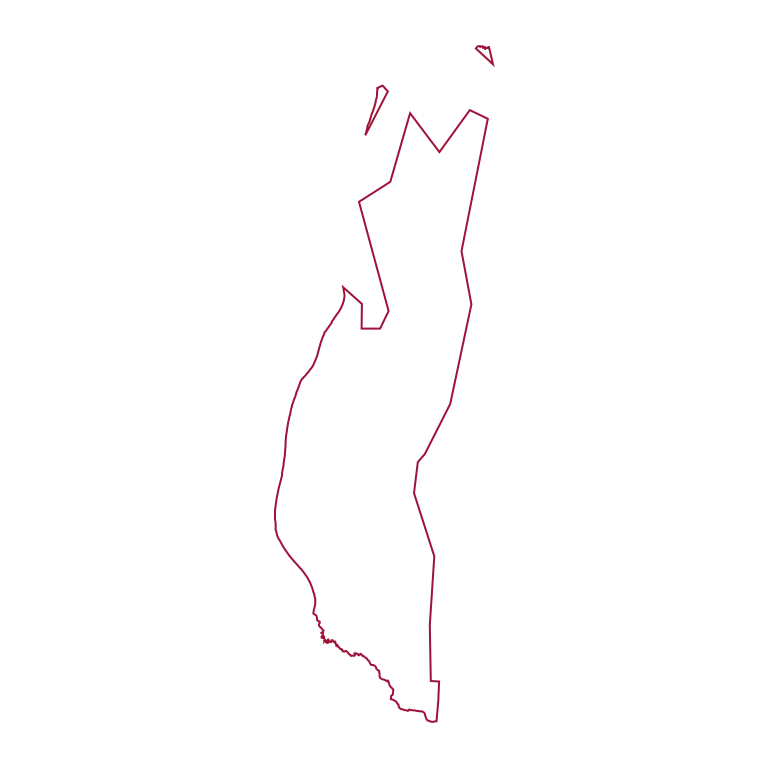 Aurukun, Queensland, Australia
{"feature_id": "25037944B73642390976852", "entity_name": "Aurukun", "entity_type": "district", "adm_level": 2, "iso_a3": "AUS", "parent_name": "Australia", "parent_adm1": "Queensland", "projection": "natural_earth1", "projection_center": [141.751, -13.513], "detail": "fine", "context": "isolated", "style": "outline", "palette": "rose", "viewbox_px": 768, "rotation_deg": 0, "n_neighbors": 0, "source": "geoboundaries", "source_scale": "gbopen_adm2", "svg_char_len": 6015}
<svg xmlns="http://www.w3.org/2000/svg" viewBox="0 0 768 768"><path d="M390.3,181.8L359.0,201.8L388.6,311.0L380.1,328.6L361.6,328.6L361.9,303.9L343.2,287.3L343.7,289.6L343.7,290.7L343.9,291.2L344.5,295.1L344.5,295.9L344.3,297.8L343.7,301.0L342.6,304.4L340.3,309.4L338.0,313.0L337.2,313.8L334.5,317.8L333.0,320.1L332.2,321.0L331.8,321.6L331.8,322.1L331.9,322.3L325.8,331.1L324.7,332.1L324.0,334.0L323.6,335.6L323.1,336.1L322.5,337.6L320.9,342.4L320.5,343.4L319.7,346.5L319.2,347.9L319.0,349.1L317.9,353.0L317.7,354.2L317.4,354.9L316.8,356.7L316.5,357.4L316.3,358.1L315.7,359.4L315.1,361.0L314.3,362.5L313.4,364.9L312.3,366.7L311.1,368.5L310.1,369.5L309.0,371.1L308.7,371.7L308.1,372.2L305.4,375.5L304.0,376.9L303.8,377.0L303.1,378.0L302.3,378.6L301.8,379.3L300.4,381.8L298.8,386.5L297.2,390.7L296.6,391.8L295.3,396.6L294.5,398.2L293.5,401.1L293.0,402.8L292.1,405.0L291.9,406.7L291.5,407.5L290.6,411.5L290.1,415.0L289.7,415.6L289.4,416.6L288.9,419.6L288.5,420.7L287.2,428.3L286.5,433.6L286.1,435.3L286.0,436.4L286.0,437.3L285.7,440.3L285.4,447.9L285.1,450.5L285.1,452.2L284.9,453.5L284.9,454.8L284.5,457.6L284.2,459.1L283.5,464.2L283.5,465.6L283.0,468.2L282.2,471.9L282.1,472.9L282.0,475.6L280.4,481.9L278.9,487.4L276.6,498.5L276.1,502.5L275.9,503.3L275.6,506.1L275.2,508.6L275.0,511.1L275.0,519.0L275.6,523.1L275.7,527.6L275.7,528.5L275.5,529.2L275.5,529.5L275.6,529.9L276.0,530.3L277.1,535.2L277.9,537.6L278.5,538.6L279.6,540.2L283.7,547.6L288.7,554.8L290.2,556.7L294.1,561.3L298.7,566.4L299.9,567.9L300.9,568.8L303.1,571.5L307.1,577.1L310.1,582.6L312.2,587.9L313.7,593.0L314.4,594.2L314.3,595.1L314.4,595.7L315.1,598.1L315.3,599.4L315.3,602.6L315.1,604.6L314.8,606.2L313.7,610.8L313.6,611.9L313.5,612.2L313.3,613.3L313.4,613.5L314.2,614.3L314.6,614.4L316.1,615.3L316.4,615.7L316.6,616.2L316.9,617.2L317.1,620.1L318.6,621.4L318.9,621.3L319.3,621.4L319.8,622.0L319.8,622.8L319.2,623.7L319.0,624.3L319.0,625.3L319.3,626.1L320.3,627.2L321.2,627.9L322.0,629.1L323.5,630.6L323.4,630.7L323.1,631.5L323.1,632.4L323.1,632.8L322.9,633.0L322.5,633.2L322.2,632.8L321.9,632.7L321.4,632.7L321.3,632.8L321.4,633.0L322.0,633.2L322.2,633.4L322.7,634.1L323.0,634.9L322.9,635.3L322.5,636.0L321.7,636.3L321.5,637.5L322.3,637.9L322.5,637.9L323.3,636.7L324.0,636.5L324.2,636.8L324.2,637.2L323.8,638.3L324.0,638.6L324.6,639.0L324.8,639.6L324.7,640.0L324.3,640.4L324.6,640.7L324.5,641.2L325.0,640.7L325.4,640.6L325.8,641.1L325.9,641.6L326.3,641.3L326.5,641.3L326.7,641.6L326.7,642.1L326.5,642.4L326.6,642.6L327.0,642.8L327.8,642.9L328.1,642.6L328.0,641.7L328.1,641.4L327.6,640.9L327.4,640.2L327.9,639.6L328.2,639.5L328.7,639.9L328.9,640.8L329.3,641.5L329.6,641.7L330.6,642.2L330.8,642.2L331.2,641.8L331.4,640.6L332.0,640.1L332.4,640.1L332.7,640.3L333.4,641.5L334.1,642.1L334.4,642.0L334.8,641.6L335.2,641.6L335.4,642.2L335.0,642.5L335.0,642.8L335.5,643.2L335.8,644.0L336.3,644.5L336.2,645.5L336.3,645.7L336.5,645.6L336.8,645.8L337.0,645.8L337.1,645.5L337.1,645.1L337.3,645.0L337.5,645.4L337.2,645.8L337.5,646.1L337.7,646.5L338.3,646.5L338.5,646.9L339.4,647.7L340.2,648.9L340.6,649.0L340.9,648.9L341.9,649.4L342.3,649.9L342.1,650.5L342.8,651.0L342.9,651.3L343.2,651.5L343.6,651.4L344.1,651.6L344.5,651.6L344.9,651.3L345.7,651.0L346.4,651.1L347.4,652.2L347.9,652.5L348.3,653.3L348.8,653.9L349.1,654.0L349.8,654.7L350.6,655.1L350.7,655.6L351.1,655.9L352.4,655.6L352.9,655.7L354.4,655.8L354.8,655.3L354.7,654.6L354.9,654.3L354.6,654.0L354.5,653.7L354.9,653.7L355.1,653.4L355.3,653.8L355.5,653.9L356.0,653.9L356.8,653.6L357.7,654.2L358.1,654.3L358.2,654.6L358.4,654.4L358.5,654.4L358.6,654.9L358.8,655.2L359.0,655.2L359.2,654.8L359.6,654.6L359.9,654.6L360.2,654.5L360.6,653.9L361.5,654.4L361.9,655.2L362.6,656.0L362.9,656.1L363.8,656.1L365.0,657.4L367.0,658.7L367.6,659.9L368.9,660.8L370.5,664.2L370.5,664.3L370.8,664.7L371.8,665.0L373.3,665.0L373.5,665.2L374.6,665.7L375.5,666.4L375.9,667.3L376.2,668.4L377.1,669.5L378.1,670.4L379.2,670.9L379.2,672.7L379.6,673.5L379.5,675.1L379.7,676.1L379.6,676.9L380.1,677.9L381.9,679.1L382.3,679.3L384.4,679.7L384.9,680.1L385.4,680.2L387.0,681.3L387.4,680.9L387.5,680.6L388.0,680.6L388.5,681.5L389.0,683.7L389.3,684.2L389.3,684.7L390.2,686.3L390.8,687.1L391.5,687.6L392.6,689.0L393.1,689.2L393.3,689.6L393.3,690.8L392.8,692.9L393.0,693.9L392.9,694.3L392.3,695.1L391.4,695.5L391.2,695.8L390.9,698.7L390.9,699.2L392.0,699.4L393.3,699.9L394.2,700.4L395.1,701.1L395.7,701.3L396.1,701.8L396.7,702.3L397.4,703.8L398.5,704.5L398.6,704.9L398.6,706.5L399.7,708.2L400.4,708.7L401.0,709.1L401.4,709.0L403.6,709.7L404.7,710.2L405.1,710.1L406.5,710.3L407.8,710.9L408.3,710.7L408.8,709.8L409.6,709.6L410.5,710.2L411.5,710.0L413.1,710.4L414.9,710.4L417.2,711.0L418.3,710.9L419.4,711.4L420.7,711.2L422.6,711.7L423.7,712.3L424.6,713.3L425.0,714.3L425.0,714.9L425.5,716.2L426.1,718.3L426.6,719.2L427.4,720.3L427.6,720.5L428.6,720.6L429.4,721.2L430.7,721.4L431.6,721.9L432.6,721.9L433.7,721.7L435.1,721.3L436.5,721.3L438.3,700.7L439.1,681.5L430.8,681.0L429.8,625.1L434.3,556.3L414.0,493.1L417.8,462.1L424.8,454.1L450.2,404.0L471.4,304.3L461.5,251.2L487.8,118.8L469.8,110.1L439.4,152.1L410.1,113.2L408.3,119.3L390.3,181.8ZM365.5,134.4L365.7,134.5L387.9,91.3L384.5,87.9L384.5,87.7L384.4,87.3L383.7,86.8L383.2,86.1L382.5,85.7L382.2,85.7L380.1,86.8L379.1,87.0L378.3,87.8L377.8,87.9L377.7,88.0L377.9,88.3L377.7,88.9L377.4,88.4L377.2,88.4L377.4,89.2L377.1,91.8L376.9,95.8L376.8,97.3L375.8,100.5L375.4,103.3L374.9,104.6L374.7,106.0L373.8,108.2L373.6,109.1L373.1,110.4L372.8,111.6L371.9,113.4L369.2,122.4L368.8,123.4L367.9,124.8L367.6,125.6L367.2,128.1L366.6,130.5L366.3,131.9L366.2,132.6L365.8,133.3L365.5,134.4ZM493.0,64.3L489.0,47.1L488.5,47.0L488.2,47.1L488.0,47.4L488.1,47.8L487.9,48.0L487.1,47.8L486.7,48.0L486.0,48.0L485.6,48.3L485.3,49.0L485.1,49.0L485.0,48.8L484.9,48.6L485.2,48.0L485.1,47.4L485.0,47.2L484.3,46.8L483.9,47.0L483.3,47.7L482.9,47.8L482.6,47.4L482.4,46.4L482.2,46.2L480.9,46.3L480.2,46.9L479.6,46.2L479.2,46.1L477.6,46.4L477.1,46.9L475.9,48.5L493.0,64.3Z" fill="none" stroke="#9f1239" stroke-width="2"/></svg>